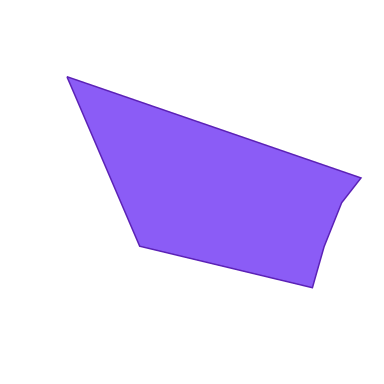 outline of 38, Ar Rayyān, Qatar, rotated 19°
{"feature_id": "91078587B93924165383207", "entity_name": "38", "entity_type": "district", "adm_level": 2, "iso_a3": "QAT", "parent_name": "Qatar", "parent_adm1": "Ar Rayyān", "projection": "albers", "projection_center": [51.491, 25.288], "detail": "fine", "context": "isolated", "style": "filled", "palette": "violet", "viewbox_px": 384, "rotation_deg": 19, "n_neighbors": 0, "source": "geoboundaries", "source_scale": "gbopen_adm2", "svg_char_len": 333}
<svg xmlns="http://www.w3.org/2000/svg" viewBox="0 0 384 384"><g transform="rotate(19 192 192)"><path d="M40.6,128.5L57.5,147.1L160.2,260.3L337.0,243.3L337.0,242.9L336.5,234.3L334.7,200.6L337.0,153.4L347.1,124.0L347.2,123.7L170.0,123.7L36.8,123.7L36.8,124.4L40.6,128.5Z" fill="#8b5cf6" stroke="#5b21b6" stroke-width="1.5"/></g></svg>